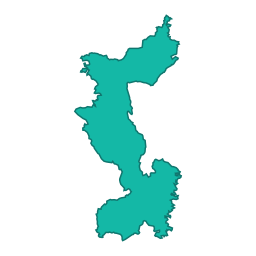 outline of Lagoa Vermelha, Rio Grande do Sul, Brazil
{"feature_id": "56859067B79352726163221", "entity_name": "Lagoa Vermelha", "entity_type": "district", "adm_level": 2, "iso_a3": "BRA", "parent_name": "Brazil", "parent_adm1": "Rio Grande do Sul", "projection": "albers", "projection_center": [-51.488, -28.199], "detail": "fine", "context": "isolated", "style": "filled", "palette": "teal", "viewbox_px": 256, "rotation_deg": 0, "n_neighbors": 0, "source": "geoboundaries", "source_scale": "gbopen_adm2", "svg_char_len": 5829}
<svg xmlns="http://www.w3.org/2000/svg" viewBox="0 0 256 256"><path d="M160.3,238.3L162.1,238.0L161.2,235.8L163.5,235.4L164.1,236.6L165.2,235.3L166.6,235.8L167.6,235.3L165.9,231.1L166.9,231.0L167.0,229.7L167.8,230.2L168.9,229.6L170.1,229.9L171.3,230.8L172.1,229.8L172.4,228.0L167.8,226.2L168.4,224.3L167.4,223.2L165.9,222.9L166.0,221.3L167.9,219.7L166.6,217.5L165.1,217.7L165.0,216.0L169.0,216.8L170.3,217.7L170.7,216.8L170.4,215.5L169.0,215.3L167.4,214.0L169.0,212.7L168.8,211.1L170.3,212.0L172.3,210.4L171.7,209.5L174.5,207.9L171.9,206.2L174.3,205.1L171.6,203.3L171.8,202.1L171.3,200.9L170.4,200.2L173.3,199.0L176.3,199.5L178.0,198.7L177.6,197.0L178.2,195.6L177.0,195.7L176.3,196.4L175.5,196.6L172.6,195.0L171.5,195.1L171.0,194.2L171.9,193.3L173.3,194.5L174.5,195.0L175.9,194.3L175.0,192.9L173.9,192.5L174.2,190.3L175.6,190.5L176.7,189.8L177.0,188.7L176.1,187.6L174.2,183.8L176.1,184.7L177.7,183.4L175.6,182.0L175.9,180.5L176.9,181.4L177.1,179.8L178.3,178.3L179.7,178.2L180.9,177.2L181.2,175.8L180.0,175.7L179.8,174.6L178.6,174.0L177.8,174.4L178.0,175.8L176.2,175.7L175.4,175.0L176.3,174.3L175.5,173.3L178.4,172.9L179.5,173.1L180.2,171.8L178.1,170.5L178.1,169.6L176.2,167.7L173.6,166.7L171.7,166.5L168.0,162.6L165.0,161.9L163.5,161.0L162.6,159.0L160.4,160.3L158.7,160.7L155.8,159.3L154.8,159.9L153.8,162.1L153.0,162.7L152.9,165.4L152.1,166.2L152.8,168.5L154.0,169.2L155.4,170.9L155.4,172.6L154.5,173.0L151.1,172.9L150.4,173.6L150.5,176.0L148.4,177.1L146.3,173.8L144.5,175.1L143.0,175.5L142.3,173.7L142.4,172.2L140.2,170.2L139.4,167.1L139.4,165.5L140.4,162.9L139.4,162.6L138.8,161.3L140.8,156.5L140.8,155.4L143.3,154.5L144.6,152.8L145.0,151.6L145.3,147.9L145.8,147.1L145.1,140.4L143.3,139.3L142.8,135.8L142.1,134.7L138.7,133.3L137.7,132.5L137.3,131.5L136.3,130.9L135.7,129.8L135.2,126.2L132.4,124.0L133.0,122.8L130.8,121.5L130.4,120.6L128.5,119.0L127.3,113.3L127.6,111.5L128.6,111.3L130.9,114.0L131.8,114.4L132.3,113.6L131.6,109.6L132.3,108.4L132.0,107.5L130.5,105.7L130.3,104.4L130.8,102.0L130.5,100.6L129.7,99.4L129.6,97.4L126.9,88.5L127.3,86.3L127.0,83.5L127.7,82.5L128.5,82.4L129.4,82.8L136.2,81.1L137.3,81.7L140.2,81.5L143.6,82.6L146.1,82.9L150.1,84.6L150.5,85.5L153.0,85.2L153.7,83.9L156.8,80.9L157.4,78.5L160.5,74.4L162.6,73.1L163.3,72.3L164.3,72.2L165.6,70.2L165.8,69.1L167.4,67.6L171.1,65.6L171.5,64.6L172.5,64.8L173.8,63.7L176.1,60.1L177.6,59.5L178.2,58.2L175.5,56.7L172.3,59.2L171.0,56.3L174.6,54.5L175.9,54.4L176.6,53.8L177.1,47.3L177.7,46.4L176.9,45.1L179.2,44.1L178.4,43.1L178.7,41.8L176.5,41.5L174.3,40.2L172.1,40.2L170.2,39.3L169.9,37.8L170.1,36.8L169.1,37.0L168.3,36.7L167.9,35.7L169.1,34.6L167.6,33.0L168.6,32.4L169.2,29.8L167.6,27.0L169.9,26.5L170.8,25.1L168.6,24.1L166.4,25.1L166.2,24.1L167.2,23.0L167.2,21.4L169.5,20.7L169.5,19.3L171.5,18.8L170.1,17.7L168.9,17.7L168.2,16.6L166.3,15.4L165.6,16.8L164.7,17.6L164.5,18.8L164.9,20.0L163.8,20.6L164.2,23.0L163.6,24.2L162.7,24.8L162.7,26.1L161.8,27.5L158.6,26.7L158.0,27.4L157.1,27.1L156.4,27.6L157.3,28.3L156.9,29.1L157.2,31.2L155.4,33.0L155.7,34.0L154.6,36.2L150.2,35.9L148.1,37.3L146.2,39.5L144.9,39.4L142.9,40.5L142.2,47.3L138.3,48.4L129.6,48.4L128.2,49.3L127.8,50.7L126.2,52.8L126.3,54.2L123.5,58.5L121.5,59.8L118.3,60.7L117.7,59.7L114.7,59.0L113.3,59.5L110.7,59.3L109.6,59.8L107.2,57.9L107.0,56.5L106.3,55.4L103.3,56.1L100.6,54.8L99.8,55.0L97.7,53.7L94.2,53.1L93.3,53.3L91.9,52.8L89.4,53.5L88.9,55.5L86.7,54.8L85.7,55.4L84.9,55.5L84.2,56.5L81.9,56.3L80.7,58.1L82.1,58.5L82.8,60.8L86.3,60.3L87.6,60.5L89.0,61.3L89.7,64.1L89.1,64.9L86.4,65.2L85.6,64.7L85.0,63.1L84.0,63.5L84.8,66.4L86.6,67.0L87.6,68.1L86.7,68.4L82.8,68.6L82.1,70.1L80.9,70.9L80.6,72.0L82.0,72.2L82.8,71.6L85.4,72.4L86.1,71.6L86.6,70.3L87.8,69.5L89.2,70.1L86.9,74.0L87.0,75.2L88.6,74.2L90.9,76.2L91.4,78.5L92.3,79.3L93.3,79.1L96.0,80.9L98.0,83.8L97.9,84.9L95.6,86.7L95.1,87.7L94.6,89.0L95.8,89.4L95.7,90.6L94.3,93.0L95.4,93.5L98.3,93.1L99.8,93.3L100.7,94.1L101.2,95.2L98.0,95.5L97.3,97.0L98.0,99.2L97.6,100.1L96.4,99.6L95.8,100.8L94.8,101.2L93.6,100.6L92.6,100.6L93.6,103.0L95.1,104.8L95.4,106.2L93.3,104.7L91.9,107.2L87.4,106.7L85.4,107.8L82.7,108.0L80.3,107.4L76.1,109.1L74.8,111.4L77.8,114.6L83.1,118.5L85.9,119.8L87.5,122.5L88.0,124.1L85.7,124.8L84.9,123.9L84.2,125.3L84.4,127.1L82.8,128.0L82.9,130.2L84.6,130.3L87.4,132.5L89.0,136.0L89.0,138.6L90.7,139.2L91.5,140.1L91.7,141.1L90.9,143.2L92.0,145.2L93.9,146.7L94.4,148.4L97.9,153.4L99.1,154.1L101.4,158.7L104.0,161.2L106.5,161.9L111.9,162.7L112.7,161.4L114.4,163.9L115.6,164.0L118.1,165.2L118.9,167.7L119.0,169.1L119.8,169.6L121.0,169.3L121.5,170.6L122.3,171.8L119.9,178.5L119.7,179.9L120.1,182.1L120.9,184.4L124.4,188.1L124.0,190.5L124.8,190.2L125.9,190.4L128.5,188.7L130.0,189.5L130.4,190.9L131.3,191.5L130.1,193.6L128.4,194.6L127.9,195.5L126.7,195.0L125.4,196.0L125.4,197.2L121.2,197.9L119.4,198.5L117.2,200.2L114.1,199.7L111.6,199.9L110.2,199.5L106.8,201.2L106.9,203.0L105.6,204.6L104.5,204.1L101.6,207.0L101.0,208.3L101.0,209.2L98.3,208.7L97.6,211.4L97.6,212.9L97.1,213.9L96.2,214.2L97.2,217.0L96.9,218.9L97.4,221.5L97.3,224.0L98.4,226.5L97.7,227.2L97.2,229.6L95.9,230.0L96.9,231.9L99.3,233.4L99.6,234.4L98.7,234.7L98.5,235.9L99.2,236.8L100.1,237.3L101.1,237.1L102.0,237.5L102.9,237.2L102.7,235.5L103.8,234.9L105.9,232.4L108.5,232.5L109.4,232.0L111.9,232.9L113.8,232.2L114.6,233.0L116.8,233.3L120.5,234.4L121.7,235.9L122.1,237.1L122.2,239.7L122.7,240.6L125.4,239.3L132.1,234.7L133.4,234.4L134.0,233.4L135.1,233.1L136.4,233.4L137.3,234.0L138.3,234.0L139.2,233.3L139.6,232.5L138.4,230.6L139.0,229.7L139.7,225.9L141.9,224.7L142.8,223.7L143.3,221.2L144.3,220.7L146.1,221.3L146.9,222.9L148.9,225.3L153.1,226.0L154.0,226.5L154.4,228.9L153.8,230.8L154.5,231.4L159.5,230.2L159.6,231.4L159.1,232.2L158.1,232.5L157.0,232.3L156.0,232.9L154.8,235.6L155.7,236.3L156.9,236.3L160.3,238.3Z" fill="#14b8a6" stroke="#0f766e" stroke-width="1.5"/></svg>